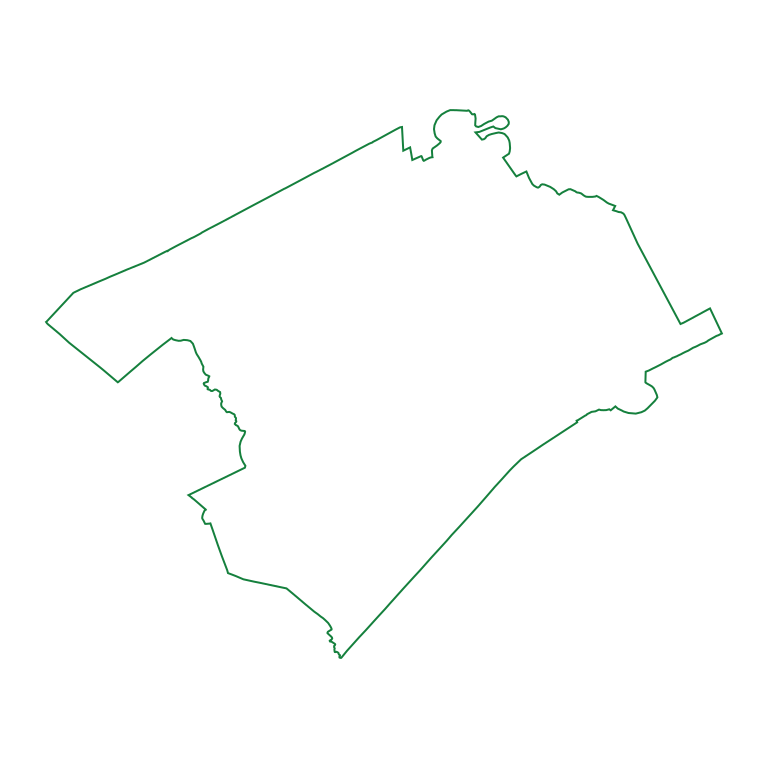 Bilciuresti, Dâmbovita, Romania
{"feature_id": "2599482B66874014167164", "entity_name": "Bilciuresti", "entity_type": "district", "adm_level": 2, "iso_a3": "ROU", "parent_name": "Romania", "parent_adm1": "Dâmbovita", "projection": "equal_earth", "projection_center": [25.791, 44.734], "detail": "fine", "context": "isolated", "style": "outline", "palette": "green", "viewbox_px": 768, "rotation_deg": 0, "n_neighbors": 0, "source": "geoboundaries", "source_scale": "gbopen_adm2", "svg_char_len": 6118}
<svg xmlns="http://www.w3.org/2000/svg" viewBox="0 0 768 768"><path d="M341.3,657.8L347.0,650.8L353.3,643.8L359.3,637.1L365.8,630.2L374.2,620.9L379.2,615.4L385.1,609.0L390.1,603.3L403.2,588.7L413.6,577.3L419.8,570.6L430.7,558.3L446.8,540.7L451.5,535.2L459.5,526.6L477.7,506.6L486.0,497.1L494.7,487.0L500.5,480.7L509.7,470.5L513.5,466.6L521.2,459.2L532.1,452.0L543.1,444.6L552.6,438.4L577.2,422.3L576.6,420.7L578.0,420.1L585.2,415.6L586.3,415.1L587.1,414.2L590.8,412.3L591.4,411.9L595.5,411.3L599.0,409.6L600.9,410.1L603.5,410.2L606.2,410.1L609.3,409.3L610.7,410.3L615.4,406.4L617.8,408.6L621.8,410.5L623.6,411.5L628.5,413.0L635.8,413.6L641.4,412.2L644.8,410.6L647.5,408.3L654.9,400.8L657.1,397.8L657.4,397.3L656.8,394.9L654.4,389.4L653.4,387.8L651.8,386.3L649.6,385.0L646.9,383.5L645.6,382.6L645.4,382.2L645.7,371.7L648.9,370.5L653.4,368.2L654.3,367.8L656.9,366.5L661.0,364.4L665.6,361.8L668.6,360.3L670.0,359.7L670.6,359.4L672.4,358.0L673.2,357.6L673.8,357.5L675.6,356.7L676.7,356.3L678.4,355.4L680.8,354.3L682.8,353.2L685.4,351.9L688.2,350.7L693.2,347.7L694.5,347.2L695.5,346.8L697.4,345.9L700.4,344.3L702.3,343.6L704.5,342.8L706.3,341.9L707.4,341.2L708.2,340.5L716.5,335.9L718.5,335.2L720.3,334.2L721.9,333.5L710.0,308.4L683.6,322.7L680.5,324.0L637.6,243.6L626.0,218.2L624.4,214.9L623.4,213.6L621.1,212.3L618.6,212.0L616.1,211.1L614.6,210.7L613.0,210.2L615.2,206.0L613.7,205.4L608.8,203.6L607.0,202.6L603.4,199.9L598.7,197.0L596.5,195.9L595.4,196.5L592.1,196.9L589.2,196.9L587.0,196.8L585.8,196.6L585.0,196.2L583.7,195.4L581.3,193.5L580.2,193.1L578.9,192.7L578.0,192.6L577.1,192.5L576.1,192.0L575.5,191.4L570.5,189.2L568.6,189.3L562.3,192.5L559.3,194.7L557.3,193.4L556.1,191.3L553.8,189.2L550.2,186.9L544.6,184.6L542.2,184.3L540.8,185.0L539.7,186.6L538.4,187.5L537.4,187.5L536.3,187.0L533.9,185.6L532.3,184.0L529.0,177.9L526.4,171.5L525.7,171.8L521.5,173.8L516.4,176.4L515.8,175.7L514.5,173.9L503.1,157.6L509.0,153.7L509.7,151.4L510.1,148.1L509.7,143.0L509.2,140.6L507.9,137.8L507.5,137.2L505.5,135.0L504.5,134.0L502.2,133.1L498.7,132.5L496.1,133.0L491.8,134.0L489.0,134.9L486.6,136.3L485.3,138.2L483.9,139.2L481.9,139.6L475.5,132.4L479.4,131.9L490.3,127.5L493.3,126.5L495.4,128.1L498.2,128.7L500.9,129.3L503.7,128.5L505.6,127.4L507.4,125.8L508.7,123.9L508.8,122.0L507.9,119.7L505.6,117.3L503.9,116.5L502.8,116.2L501.5,116.2L500.8,116.3L499.5,116.3L498.7,116.3L496.6,117.3L493.8,119.3L491.8,120.7L488.6,121.6L484.1,124.0L481.1,126.0L478.3,127.0L476.1,126.4L475.2,125.3L475.3,122.7L475.6,118.5L475.0,114.5L474.4,114.0L473.1,114.4L472.0,114.2L470.0,111.6L468.8,110.5L468.2,110.3L467.1,110.8L463.8,110.6L456.3,110.2L450.2,110.1L446.5,111.6L441.6,114.5L439.4,116.8L436.6,120.3L434.5,125.2L434.0,129.1L434.7,133.6L434.9,134.0L435.4,135.8L435.7,136.6L437.3,138.4L440.7,141.1L440.7,141.8L440.5,142.3L439.7,143.2L437.0,145.5L432.7,148.5L432.2,149.6L431.9,150.4L432.3,156.3L432.5,157.2L431.5,157.3L430.2,157.6L429.0,158.1L426.0,159.6L424.2,160.7L423.7,160.8L423.2,160.3L421.6,156.3L421.3,156.1L420.9,156.2L412.3,160.0L411.3,154.0L410.1,147.4L403.3,150.7L402.9,143.6L402.0,127.0L400.3,127.3L399.7,127.5L395.3,129.8L376.7,140.0L372.9,141.9L372.5,142.4L369.4,143.6L360.3,148.4L355.6,150.9L352.4,152.7L330.3,164.6L316.3,171.9L314.2,172.9L305.1,177.8L286.9,187.5L286.3,187.8L285.2,188.4L284.4,188.7L267.0,198.0L254.1,204.8L220.4,222.8L208.4,229.0L202.0,232.5L200.6,233.5L193.5,237.3L191.4,238.2L176.0,246.2L169.3,249.8L168.4,250.5L167.7,251.1L167.4,250.8L164.6,252.1L144.2,262.6L126.9,269.6L115.2,274.6L110.1,276.7L105.5,278.8L98.5,281.7L80.8,289.2L73.4,292.8L46.4,321.8L46.1,322.0L46.9,323.2L48.1,324.4L59.6,334.0L69.1,342.7L100.1,367.4L103.4,370.1L117.8,382.3L118.3,382.0L120.5,380.1L130.7,371.3L136.0,366.8L142.5,361.1L150.8,354.3L162.8,344.7L171.2,338.3L171.5,338.0L173.2,339.5L175.6,340.2L178.6,340.8L180.8,340.7L183.7,339.9L187.4,340.2L190.4,341.0L192.9,343.7L193.9,346.4L194.7,348.7L195.9,352.4L196.8,354.3L198.3,356.6L200.4,360.2L201.2,361.8L201.7,363.5L203.4,366.7L203.1,369.6L203.4,371.4L204.3,372.9L205.7,374.6L208.4,375.8L209.3,376.3L209.2,376.7L209.0,377.1L208.5,378.0L208.2,379.1L208.2,380.3L207.7,381.8L206.4,382.1L204.0,383.0L203.7,383.7L204.2,384.8L204.8,385.6L206.3,386.2L207.8,387.2L207.9,387.7L207.7,388.3L207.6,389.1L208.2,389.5L208.9,389.5L209.9,389.9L210.8,390.8L211.5,391.0L212.2,391.0L212.7,390.8L214.9,389.5L216.7,389.8L218.1,390.9L220.1,392.1L220.3,393.7L219.8,395.2L219.6,396.3L219.9,397.0L220.9,397.9L221.3,399.7L222.1,401.3L221.2,403.3L221.2,404.9L221.6,406.6L222.9,408.0L225.2,409.9L226.2,411.6L227.0,412.2L229.1,411.9L230.4,412.3L232.5,413.5L234.2,414.3L234.7,414.9L234.9,416.8L235.9,417.9L236.0,418.8L235.9,419.4L235.7,420.2L236.2,420.9L236.3,421.6L236.1,421.9L235.1,422.9L234.8,423.9L235.8,425.0L237.2,425.7L238.0,426.3L239.5,429.4L240.3,430.2L241.6,430.7L244.7,431.0L245.1,431.7L244.7,433.4L244.4,434.4L242.0,438.5L240.6,441.6L239.6,445.9L239.9,451.6L240.5,455.3L241.4,458.4L243.2,462.3L245.4,465.8L244.9,467.7L188.5,495.1L191.8,497.6L191.8,497.8L194.0,499.4L204.5,508.5L205.6,509.4L205.8,509.7L204.8,510.3L204.2,511.3L203.1,513.8L202.5,515.7L202.3,517.0L202.2,517.9L202.3,518.5L202.6,519.1L203.5,520.5L205.1,523.8L205.8,523.9L208.2,523.7L209.0,523.7L210.4,523.4L212.5,529.4L217.8,544.9L221.8,556.0L227.2,570.2L228.0,573.1L232.3,574.7L235.9,576.1L243.4,579.3L254.3,581.7L259.4,582.7L280.7,587.2L286.5,588.4L293.0,593.8L305.4,604.3L310.0,608.1L314.3,611.7L317.7,614.1L320.5,616.4L323.1,618.2L325.1,620.0L328.1,622.9L330.0,625.7L330.9,627.3L331.5,628.6L331.6,629.3L331.4,629.7L330.9,629.9L327.9,631.8L327.5,632.6L327.5,633.2L331.4,636.8L332.0,637.6L332.2,638.4L331.8,639.2L331.2,639.8L330.2,640.3L329.7,640.8L329.9,641.3L330.2,641.6L331.0,641.5L331.4,641.6L334.8,643.8L335.2,644.3L335.1,644.7L334.8,645.4L334.2,645.9L334.1,646.8L334.2,647.5L334.6,648.1L334.7,648.4L334.4,649.5L334.4,649.9L334.6,650.8L334.6,651.5L334.8,652.0L335.3,652.1L336.0,651.9L336.3,651.8L337.0,652.0L338.2,652.7L338.4,652.9L338.8,654.2L339.3,654.8L339.8,655.0L339.9,655.3L340.0,655.8L339.5,656.4L339.4,656.9L339.4,657.2L339.6,657.6L340.3,657.8L340.8,657.9L341.3,657.8Z" fill="none" stroke="#15803d" stroke-width="2"/></svg>